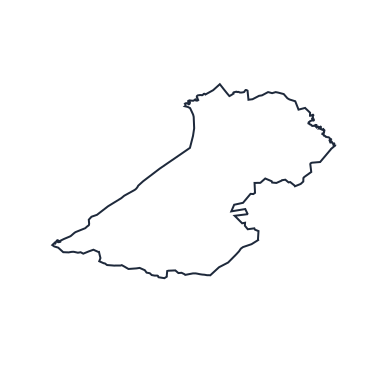 the district of Jakusko, Yobe, Nigeria, rotated 61°
{"feature_id": "59680162B40329870656537", "entity_name": "Jakusko", "entity_type": "district", "adm_level": 2, "iso_a3": "NGA", "parent_name": "Nigeria", "parent_adm1": "Yobe", "projection": "equal_earth", "projection_center": [10.871, 12.419], "detail": "fine", "context": "isolated", "style": "outline", "palette": "slate", "viewbox_px": 384, "rotation_deg": 61, "n_neighbors": 0, "source": "geoboundaries", "source_scale": "gbopen_adm2", "svg_char_len": 5843}
<svg xmlns="http://www.w3.org/2000/svg" viewBox="0 0 384 384"><g transform="rotate(61 192 192)"><path d="M273.7,216.4L270.9,204.8L271.2,194.6L268.0,183.6L266.7,179.7L265.2,176.7L264.9,174.1L266.5,165.2L266.1,157.4L265.5,157.3L258.4,152.8L257.3,153.7L255.6,155.1L254.9,155.2L254.0,155.1L251.6,161.3L247.1,162.1L244.6,160.5L243.7,163.3L233.5,166.2L238.2,154.5L237.9,154.0L232.7,153.7L228.0,167.0L223.6,161.3L226.2,152.6L222.0,141.7L223.5,139.4L223.3,137.3L214.4,132.9L217.1,127.8L217.0,127.2L215.7,121.4L221.2,117.1L222.6,117.3L225.0,113.8L225.5,108.1L225.3,107.6L226.5,104.4L230.4,102.9L230.9,101.3L236.0,99.2L236.9,99.2L237.6,93.5L237.6,92.8L236.8,89.6L233.8,87.8L233.3,86.5L232.3,78.0L224.9,75.0L224.4,74.3L224.5,73.0L224.7,72.5L227.9,65.4L222.0,49.9L221.8,49.7L221.0,45.6L220.9,45.1L220.9,44.6L220.7,44.3L220.4,44.6L220.3,45.0L220.3,45.3L220.4,45.5L220.1,45.6L219.8,45.3L219.5,45.1L219.2,45.1L219.0,45.3L218.7,45.3L218.8,44.9L218.9,44.5L218.8,44.2L218.6,44.1L218.3,44.2L218.2,44.6L218.0,44.9L218.0,45.1L217.5,45.3L217.0,45.5L216.4,45.4L215.7,45.4L215.3,45.5L215.2,45.7L215.5,46.0L215.7,46.3L215.9,46.5L215.9,46.8L215.8,47.0L214.8,46.9L214.2,46.7L213.5,46.7L213.3,46.5L213.2,46.1L213.2,45.8L213.2,45.5L213.3,45.3L213.4,45.0L213.3,44.8L213.0,44.9L212.9,45.2L212.7,45.5L212.3,45.6L211.7,45.5L211.0,45.6L210.2,46.2L209.9,46.7L209.5,47.3L208.9,47.7L208.5,48.3L208.0,48.3L207.6,48.4L207.3,48.7L207.1,48.8L206.9,49.1L206.6,49.3L206.3,49.2L206.1,49.0L205.6,49.0L205.3,49.3L205.1,49.1L204.8,49.1L204.6,49.4L204.4,49.8L204.1,49.6L204.2,49.2L204.2,48.8L204.1,48.5L204.1,48.2L204.2,47.9L204.0,47.7L203.7,47.6L203.5,47.3L203.3,47.1L203.1,47.0L202.8,47.2L202.4,47.1L202.2,46.9L202.2,46.6L202.1,46.3L201.7,46.4L201.5,46.7L201.2,46.9L200.8,46.9L200.6,46.8L200.5,47.4L200.5,47.8L200.6,48.0L200.0,48.4L199.1,49.1L198.9,48.9L198.9,48.6L198.8,48.4L198.6,48.3L198.4,48.7L198.3,49.1L198.2,49.4L198.0,48.8L197.9,48.4L197.8,48.0L197.6,47.8L197.4,47.7L197.2,47.8L197.2,48.3L197.1,48.8L196.9,49.2L196.8,49.7L196.9,50.1L196.5,50.2L196.5,49.9L196.2,49.9L196.0,50.0L195.9,50.5L195.9,51.0L196.0,51.2L196.1,51.6L195.6,51.7L195.0,52.0L194.3,52.0L194.1,51.9L194.0,51.6L194.2,51.3L194.5,51.3L194.5,50.9L194.2,50.8L193.7,50.7L193.4,51.2L193.2,51.5L193.2,52.0L193.3,52.3L193.4,52.7L193.4,53.2L193.1,53.6L192.8,53.9L192.7,54.4L192.5,54.8L192.0,55.0L191.7,55.2L191.1,55.2L190.8,55.4L190.4,55.7L190.2,55.9L189.9,56.2L189.5,56.2L189.0,56.3L188.8,56.6L188.6,56.9L188.3,56.9L188.0,56.5L187.6,56.1L187.5,55.6L187.6,55.2L187.5,54.8L187.3,54.5L187.5,52.6L187.5,52.2L187.8,51.9L188.1,51.6L188.3,51.4L188.4,51.0L188.4,50.7L188.2,50.5L187.9,50.6L187.6,50.4L187.2,50.3L187.0,50.5L186.9,50.9L186.8,51.3L186.8,51.5L186.2,51.5L185.9,51.3L185.8,50.8L185.7,50.4L185.4,50.0L184.7,49.8L184.3,49.5L183.9,49.3L183.8,49.2L183.7,48.7L183.4,48.6L183.1,48.7L183.0,49.0L182.9,49.6L182.9,49.9L183.0,50.5L182.9,50.9L182.8,51.3L182.5,51.8L179.9,50.3L176.0,51.5L174.5,52.0L173.3,52.3L171.6,58.9L170.3,58.7L162.7,57.7L158.3,61.9L156.3,63.1L150.8,64.3L146.8,68.5L145.2,70.4L144.4,74.0L141.6,76.9L141.5,77.1L141.4,83.9L141.3,84.2L140.4,86.7L140.2,94.1L139.0,97.1L138.7,97.9L130.3,94.3L129.8,94.6L129.2,95.0L128.8,95.7L129.1,96.5L129.4,97.2L129.7,97.6L129.8,98.0L129.6,98.9L129.3,99.7L129.0,100.5L128.6,101.2L128.3,101.7L127.9,102.2L127.3,102.5L126.8,103.1L126.5,104.0L126.2,104.3L125.9,104.4L125.6,105.1L125.5,105.5L125.3,106.3L125.1,106.9L125.1,107.5L125.3,107.8L125.8,107.9L126.1,108.0L126.1,108.7L126.2,109.5L126.2,110.7L126.3,111.5L126.2,112.8L122.7,113.5L117.5,114.4L111.2,115.4L113.2,124.1L113.2,133.0L112.7,133.1L112.3,133.3L112.0,133.7L111.9,134.2L112.1,134.9L112.3,135.5L112.3,136.0L112.2,136.4L111.8,136.8L111.5,137.3L111.1,138.0L110.9,138.5L110.7,139.0L110.5,139.6L110.3,140.2L110.4,140.8L110.6,141.3L111.0,141.6L111.4,141.8L111.8,141.8L112.3,141.7L112.7,141.7L113.2,141.9L113.6,142.0L114.0,142.1L114.3,142.0L114.6,142.0L114.7,142.7L114.5,143.3L114.2,143.8L113.9,144.2L113.6,144.3L113.2,144.1L112.7,144.0L112.6,144.5L112.7,145.0L112.8,145.6L112.9,146.3L112.6,147.0L112.0,147.9L111.4,148.8L110.7,149.6L110.6,150.2L110.5,150.9L110.6,151.3L110.9,151.4L111.3,151.4L111.6,151.1L111.9,150.7L112.2,150.5L112.6,150.4L112.9,150.5L113.3,150.9L113.6,151.3L113.8,151.9L113.6,152.5L113.1,152.7L112.5,152.7L112.1,153.0L111.7,153.6L111.6,154.2L111.3,154.6L111.3,155.0L111.4,155.4L111.8,155.3L112.2,155.3L112.5,155.4L113.0,155.7L113.5,156.0L113.6,156.6L115.5,154.5L117.7,153.0L124.9,153.5L127.1,154.1L137.3,159.2L143.4,163.9L152.4,172.4L155.9,208.9L158.9,229.5L160.4,236.0L161.2,237.2L162.0,239.0L162.3,240.3L162.4,241.4L162.4,248.9L162.4,253.1L163.1,256.8L163.8,272.4L165.9,286.2L164.9,291.9L166.2,295.7L170.0,297.4L171.0,298.3L171.1,298.6L171.3,300.4L171.9,302.9L170.6,313.4L170.8,315.0L171.6,318.8L171.7,319.4L171.7,320.4L171.0,326.8L170.8,330.8L171.3,330.9L171.7,331.3L171.6,331.9L171.3,332.9L170.9,333.5L170.7,333.6L170.3,333.3L170.0,332.8L170.0,332.6L169.9,332.4L169.6,332.5L169.1,332.8L168.9,333.1L169.0,333.5L169.0,333.8L169.4,334.6L169.7,334.9L169.7,336.1L170.3,335.9L170.8,336.4L170.9,336.7L170.8,336.9L170.3,337.6L170.2,337.8L170.2,338.4L170.4,338.8L170.6,339.4L170.7,339.9L172.8,338.9L175.8,336.0L182.2,333.8L185.0,329.2L186.0,326.3L186.9,324.5L189.8,321.2L190.7,318.6L193.2,317.0L193.9,311.1L194.7,306.2L199.0,303.0L199.3,302.4L201.3,303.0L205.4,304.1L207.6,306.7L211.6,303.7L212.1,302.9L214.7,301.7L218.8,295.5L218.8,295.4L221.7,290.1L221.9,288.9L224.6,287.2L228.5,284.9L231.8,277.8L232.3,276.5L233.0,274.6L237.5,271.2L240.5,270.8L242.6,268.3L245.1,267.5L247.0,265.2L248.3,262.9L248.8,262.5L249.8,262.6L250.3,262.6L254.0,257.9L253.8,255.1L252.6,254.4L249.1,252.0L249.4,250.8L252.5,244.6L256.3,243.2L257.6,240.3L260.3,238.4L261.2,238.1L263.6,230.8L265.0,228.2L266.3,226.6L267.7,225.0L269.3,222.9L270.4,221.2L271.9,219.4L273.6,216.5L273.7,216.4Z" fill="none" stroke="#1e293b" stroke-width="2"/></g></svg>